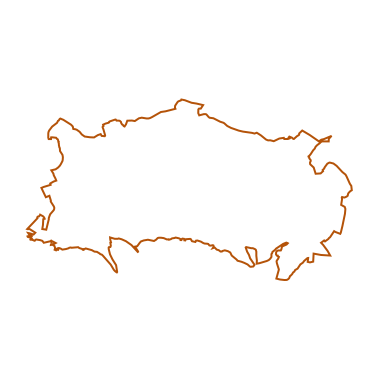 the district of Livezeni, Mures, Romania, rotated 8°
{"feature_id": "2599482B72473858292431", "entity_name": "Livezeni", "entity_type": "district", "adm_level": 2, "iso_a3": "ROU", "parent_name": "Romania", "parent_adm1": "Mures", "projection": "robinson", "projection_center": [24.65, 46.548], "detail": "fine", "context": "isolated", "style": "outline", "palette": "amber", "viewbox_px": 384, "rotation_deg": 8, "n_neighbors": 0, "source": "geoboundaries", "source_scale": "gbopen_adm2", "svg_char_len": 5985}
<svg xmlns="http://www.w3.org/2000/svg" viewBox="0 0 384 384"><g transform="rotate(8 192 192)"><path d="M266.0,254.0L268.7,253.1L275.7,249.9L277.5,248.7L278.8,247.1L279.7,245.2L279.3,242.4L279.8,241.7L280.0,240.2L282.4,237.6L283.1,236.4L289.5,230.7L292.4,229.0L293.5,229.2L294.0,229.4L292.9,230.9L289.3,233.1L288.8,233.7L288.6,234.5L288.5,236.2L288.1,237.5L285.4,237.9L284.6,238.4L284.0,239.2L283.7,240.0L283.9,242.1L284.9,243.2L285.8,243.1L286.1,243.8L287.1,244.2L286.6,246.1L285.5,248.2L285.4,248.9L286.0,250.8L288.6,256.2L288.8,256.9L287.6,266.0L291.2,266.4L295.6,266.3L298.1,265.9L299.4,264.9L300.2,263.8L300.8,261.6L301.6,260.8L302.7,259.2L303.3,257.6L304.4,256.6L305.0,254.9L307.2,253.2L309.4,248.6L311.6,246.6L312.7,244.6L315.5,241.4L316.2,241.2L316.3,245.1L318.6,245.3L321.7,244.1L321.0,236.1L328.6,236.4L337.7,235.7L334.5,231.5L329.1,226.0L326.9,224.3L329.6,221.6L330.6,222.4L333.6,219.5L334.0,218.6L335.0,217.6L338.2,211.0L339.5,211.6L344.6,212.8L345.0,211.7L345.7,204.7L346.5,192.3L346.3,188.2L346.2,187.3L345.3,185.5L341.5,184.0L341.6,178.3L341.0,176.3L340.5,176.0L343.3,176.3L343.9,176.2L345.8,175.0L346.7,174.0L346.8,172.2L347.2,171.1L348.6,169.2L350.0,168.0L348.9,163.8L347.2,161.9L342.9,155.1L341.6,153.4L338.1,151.3L331.6,146.0L328.1,144.1L324.5,143.7L323.9,143.8L322.1,145.1L320.2,148.6L319.7,149.7L319.7,150.3L318.3,152.1L318.9,153.1L316.8,155.7L311.9,156.7L309.1,150.8L305.2,148.1L304.8,146.8L304.8,146.1L305.2,145.1L305.2,144.4L305.0,143.8L303.5,142.4L303.2,141.3L302.4,140.8L302.4,140.5L303.2,139.7L304.3,137.9L306.2,133.8L307.5,132.0L308.1,130.0L309.4,128.2L311.7,125.9L312.6,124.6L314.1,123.7L320.3,122.9L320.1,120.3L322.4,117.0L315.2,121.3L312.8,122.2L310.6,124.2L300.7,119.2L292.6,115.8L290.0,119.1L290.1,120.3L289.8,120.8L288.2,122.1L285.5,125.3L284.9,125.3L283.4,124.3L280.7,123.6L280.1,124.6L281.0,125.4L279.5,126.2L276.0,126.7L275.4,125.6L271.0,126.9L265.9,130.3L262.2,129.9L260.2,130.3L258.1,129.8L252.3,126.3L247.9,124.3L245.8,125.4L243.1,125.1L234.1,125.1L229.7,124.7L221.7,123.1L217.7,121.7L214.3,119.4L213.2,119.0L210.2,118.5L202.9,116.0L199.0,116.0L198.0,115.4L195.6,113.3L194.9,113.0L193.0,113.2L188.5,115.1L187.2,113.0L186.8,109.3L187.4,108.4L189.1,108.2L190.9,104.4L184.3,103.8L179.2,103.7L172.1,102.1L168.6,101.9L168.3,102.8L165.8,104.2L165.1,105.1L163.9,107.6L163.3,108.9L163.3,109.5L163.4,110.9L164.0,111.9L163.8,112.0L154.5,115.8L150.1,117.1L142.1,123.3L140.2,124.6L138.7,125.2L136.7,125.5L131.9,125.4L129.2,126.4L125.5,129.7L122.6,129.6L118.0,130.4L117.2,134.2L116.1,136.5L115.3,136.3L114.1,135.1L113.3,134.8L112.2,133.4L111.9,132.5L110.6,131.6L109.8,131.5L107.3,131.8L106.4,130.9L106.0,130.9L101.0,133.4L100.2,134.0L100.2,134.6L99.8,135.0L96.8,136.3L94.6,137.7L95.2,138.9L94.5,139.6L94.5,140.4L95.5,142.2L98.1,148.0L98.1,148.4L97.8,148.9L94.7,149.0L93.5,147.4L90.8,148.8L87.4,151.6L83.4,152.0L78.0,152.0L74.9,150.4L72.3,148.0L69.2,146.4L67.7,146.1L65.7,146.1L64.8,143.7L62.9,142.2L54.5,138.4L51.4,137.6L50.8,138.1L50.1,139.7L49.4,140.2L48.7,142.3L44.4,146.7L42.0,151.0L41.6,152.4L41.5,153.7L42.1,158.2L42.7,159.5L45.0,159.2L44.9,157.5L46.0,157.3L49.9,157.2L50.9,158.2L51.7,158.5L52.4,159.8L52.6,160.8L53.1,161.0L53.0,161.8L53.5,162.8L53.6,163.9L54.5,166.4L55.0,166.9L55.6,169.8L58.6,173.3L59.3,175.5L59.5,178.2L59.4,179.4L58.3,182.5L57.5,184.3L56.0,186.4L53.8,188.5L49.7,190.1L52.2,193.1L52.8,194.7L54.8,197.5L56.0,199.6L53.5,200.9L50.4,203.3L51.0,204.6L44.5,207.6L42.3,208.9L48.0,217.5L51.3,215.6L53.4,220.1L53.5,221.2L57.2,225.5L57.8,226.7L57.9,228.0L57.6,229.2L54.7,233.7L54.2,235.7L53.8,237.9L54.0,238.8L52.9,249.6L48.9,249.5L49.0,245.5L48.5,239.6L49.8,239.0L49.1,237.8L47.9,236.8L44.8,235.6L44.7,236.1L43.8,237.5L42.8,237.8L42.4,238.3L42.3,239.0L42.6,239.5L34.0,251.6L34.7,251.7L35.8,251.3L36.6,251.4L42.5,254.1L41.0,256.2L37.1,255.5L35.4,255.4L36.4,256.5L39.4,257.6L39.5,258.1L39.3,258.2L38.0,257.9L37.3,258.4L35.9,258.5L35.3,258.8L35.6,259.3L38.8,259.8L38.9,260.6L38.6,261.6L38.9,261.7L40.0,260.6L40.2,260.8L39.8,261.6L41.7,261.8L42.6,262.2L43.1,262.1L43.7,261.1L44.4,260.7L48.4,260.8L50.6,261.2L52.3,262.9L58.8,260.4L59.2,259.8L59.5,259.7L59.8,259.9L59.5,260.6L59.6,261.1L60.0,261.2L60.6,260.4L61.0,260.4L64.1,261.5L62.5,262.7L59.6,263.5L59.6,264.1L61.1,263.6L63.3,264.6L64.3,266.6L64.0,268.3L65.5,268.7L65.8,268.1L67.5,267.9L67.6,267.3L66.5,266.7L67.2,266.2L68.3,266.0L69.8,266.3L71.6,267.1L75.2,266.0L77.6,264.9L78.2,264.3L79.7,263.8L80.4,264.0L87.0,262.5L88.2,263.2L91.2,263.7L91.6,264.2L92.3,264.5L92.6,264.4L92.4,263.8L92.7,263.5L94.0,263.2L94.6,262.7L100.8,263.5L103.7,264.6L106.2,264.5L109.2,265.8L109.8,266.3L111.5,266.6L112.7,267.5L121.6,275.2L125.4,279.9L126.7,281.0L128.6,282.1L128.8,282.1L129.0,281.6L127.0,275.0L122.6,269.8L119.5,265.2L117.5,260.2L117.2,258.6L117.3,258.3L118.8,257.8L119.1,256.6L118.2,253.6L118.8,253.2L117.7,250.6L117.2,248.4L122.0,249.1L125.0,248.7L125.9,248.2L128.9,248.6L133.4,249.9L139.5,253.0L146.6,258.9L146.9,258.6L146.5,257.9L144.3,255.4L143.3,254.0L145.3,253.3L147.3,249.6L148.3,248.1L150.9,246.7L155.0,245.4L161.2,245.8L163.1,244.2L164.4,242.4L165.5,241.9L167.8,241.6L170.4,241.6L173.8,242.5L175.4,242.1L175.8,242.5L177.7,241.6L178.7,240.7L181.4,239.9L181.8,239.5L182.3,239.4L185.6,239.7L187.3,240.3L187.4,241.2L188.2,241.1L188.5,239.9L189.0,239.5L190.7,239.5L191.2,239.9L191.2,240.9L192.1,240.9L192.5,239.6L196.7,238.7L197.4,238.9L198.8,240.7L199.5,240.8L202.3,241.0L202.8,239.6L204.2,239.3L207.7,239.9L210.3,241.0L211.7,241.3L214.3,241.1L215.3,241.2L216.7,242.5L218.0,242.5L219.9,241.8L220.6,241.9L220.8,242.2L221.0,243.4L220.4,244.7L222.1,243.8L224.5,245.6L226.6,245.9L228.5,247.0L229.9,246.8L230.3,246.2L232.6,245.2L235.8,245.6L238.3,246.6L240.2,249.4L245.7,252.8L246.6,253.7L250.7,254.2L253.6,254.9L257.1,256.0L259.8,257.8L260.6,257.9L263.1,257.2L263.9,255.7L263.6,254.9L258.8,249.6L257.2,246.4L254.9,243.4L252.9,239.5L253.3,239.0L258.3,239.4L260.1,239.2L262.3,239.8L263.2,240.3L264.0,242.1L264.6,246.3L265.8,250.9L266.0,254.0Z" fill="none" stroke="#b45309" stroke-width="2"/></g></svg>